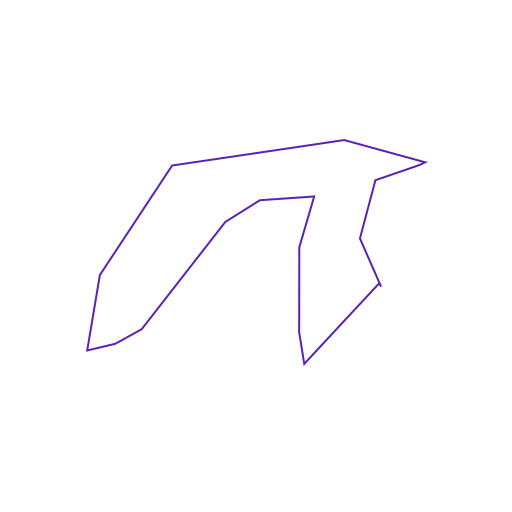 outline of Tivat, rotated 244°
{"feature_id": "MNE-1518", "entity_name": "Tivat", "entity_type": "Municipality", "adm_level": 1, "iso_a3": "MNE", "parent_name": "Montenegro", "parent_adm1": "", "projection": "robinson", "projection_center": [18.687, 42.417], "detail": "fine", "context": "isolated", "style": "outline", "palette": "violet", "viewbox_px": 512, "rotation_deg": 244, "n_neighbors": 0, "source": "natural_earth", "source_scale": "10m", "svg_char_len": 427}
<svg xmlns="http://www.w3.org/2000/svg" viewBox="0 0 512 512"><g transform="rotate(244 256 256)"><path d="M266.1,449.1L266.1,443.0L271.8,396.6L226.2,357.1L173.7,355.0L177.5,354.8L159.4,307.8L137.9,252.1L168.4,261.3L244.8,298.7L284.0,334.4L304.4,284.0L300.1,243.4L240.3,121.1L238.8,91.0L245.1,62.9L245.4,63.1L307.3,107.3L374.1,220.3L321.6,386.0L266.5,448.6L266.1,449.1Z" fill="none" stroke="#5b21b6" stroke-width="2"/></g></svg>